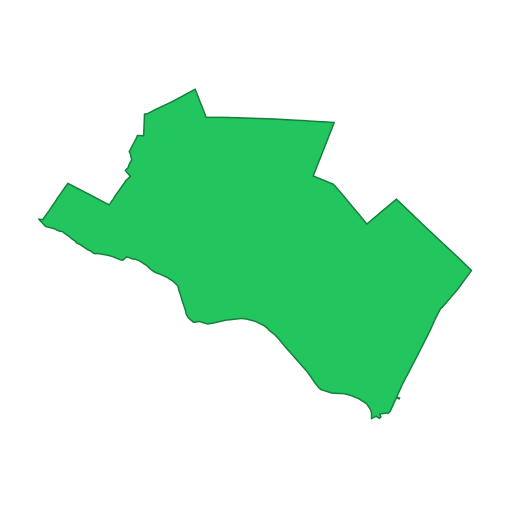 Adunatii-Copaceni, Giurgiu, Romania (orthographic projection), rotated 176°
{"feature_id": "2599482B97048996480927", "entity_name": "Adunatii-Copaceni", "entity_type": "district", "adm_level": 2, "iso_a3": "ROU", "parent_name": "Romania", "parent_adm1": "Giurgiu", "projection": "orthographic", "projection_center": [26.057, 44.248], "detail": "fine", "context": "isolated", "style": "filled", "palette": "green", "viewbox_px": 512, "rotation_deg": 176, "n_neighbors": 0, "source": "geoboundaries", "source_scale": "gbopen_adm2", "svg_char_len": 4644}
<svg xmlns="http://www.w3.org/2000/svg" viewBox="0 0 512 512"><g transform="rotate(176 256 256)"><path d="M305.1,426.6L306.5,426.0L319.2,420.2L328.2,416.1L346.0,409.2L347.1,408.7L350.0,407.4L353.5,405.9L354.7,405.4L355.9,405.4L357.3,405.4L359.7,383.8L365.9,384.5L366.3,383.6L366.7,382.7L368.2,380.1L369.5,378.1L372.1,373.9L374.9,369.4L375.2,368.9L375.0,368.5L374.4,367.4L374.3,367.0L374.0,365.6L374.0,365.4L373.9,364.4L373.3,360.4L374.0,359.5L376.0,356.5L376.9,354.4L377.6,352.8L378.8,351.9L380.1,350.6L380.3,350.4L379.5,349.2L378.6,347.9L377.1,346.0L375.9,344.3L378.2,342.2L379.6,340.9L380.1,340.7L380.4,340.6L380.8,340.2L381.0,339.9L381.3,339.2L381.8,338.5L384.4,335.5L387.8,331.2L393.1,324.9L393.2,324.4L394.8,322.1L395.8,321.2L397.2,319.3L398.4,317.8L398.7,317.3L400.4,318.2L401.6,318.8L404.1,320.4L407.1,322.3L413.4,326.2L414.0,326.6L417.2,328.6L419.5,330.0L422.2,331.6L425.8,333.8L429.3,335.9L432.5,337.9L434.4,339.1L438.0,341.2L438.6,341.6L444.0,335.0L444.2,334.7L446.4,332.0L448.0,330.1L448.9,329.0L450.0,327.7L450.4,327.1L450.7,326.8L450.9,326.4L451.1,326.1L451.3,325.8L451.6,325.4L451.9,325.1L452.6,324.0L454.5,321.7L454.9,321.2L455.1,321.0L456.4,319.4L457.2,318.2L458.9,316.0L461.0,313.5L463.7,310.3L465.7,307.8L466.2,307.3L467.2,307.3L468.7,307.6L469.1,307.7L469.5,307.9L469.9,307.9L469.3,306.9L468.2,305.4L467.6,304.9L466.9,304.0L463.9,300.2L460.5,299.0L456.6,297.8L454.4,296.7L451.6,295.2L450.1,294.4L449.5,294.3L448.2,294.2L447.2,293.6L444.2,291.1L440.7,288.2L438.5,285.9L436.6,284.5L435.4,283.6L434.3,281.9L433.2,281.0L430.2,279.4L426.8,276.6L423.2,273.9L420.2,272.2L418.2,270.3L416.8,269.6L414.9,269.5L413.6,269.5L409.0,268.4L403.5,267.0L398.8,265.3L396.4,264.1L391.5,261.6L389.1,261.1L385.1,264.2L383.7,263.7L379.3,261.6L377.1,261.4L372.9,259.6L368.2,255.9L365.1,253.8L364.1,252.3L362.0,250.1L359.2,247.7L356.4,246.0L352.6,244.4L349.3,242.6L345.9,240.8L344.0,239.1L340.9,237.0L336.6,232.3L335.6,229.9L335.5,227.7L334.3,223.6L332.8,216.6L330.2,206.8L329.6,202.6L327.9,199.2L326.2,197.4L322.9,194.2L317.0,194.6L309.2,191.6L303.8,192.0L290.4,194.1L274.9,194.7L270.1,193.8L269.5,193.7L268.5,193.3L263.2,191.5L261.6,191.0L260.8,190.6L260.3,190.3L258.2,189.1L255.2,187.3L254.6,187.0L252.6,185.8L250.9,184.1L249.4,182.9L248.4,181.2L243.3,176.7L240.2,173.1L231.6,161.3L231.0,160.5L216.3,141.3L212.8,136.7L205.5,124.4L202.4,120.2L200.7,118.3L199.8,117.9L198.5,117.4L193.2,115.3L189.9,114.0L183.1,113.1L177.5,112.5L170.9,110.2L163.4,106.4L156.0,101.0L152.5,94.9L151.7,91.3L152.1,85.8L147.5,87.7L144.0,85.4L142.7,86.7L143.1,88.2L143.4,89.6L140.0,90.0L137.7,90.2L136.3,90.3L135.3,90.1L135.2,89.9L132.8,91.8L131.9,93.7L129.3,98.4L126.0,104.4L125.8,104.8L125.7,104.7L123.1,103.5L122.7,104.3L125.3,105.6L124.7,107.0L120.7,114.4L118.7,118.2L110.7,131.1L109.8,132.6L100.9,147.2L89.7,165.9L87.4,169.8L81.2,181.4L75.3,191.1L75.1,191.2L74.8,191.1L74.6,191.1L74.4,191.2L74.0,191.6L70.2,195.4L66.3,199.4L63.1,202.7L62.2,203.6L58.3,207.4L57.1,208.7L53.8,212.6L53.2,213.2L52.9,213.7L50.7,216.3L48.2,219.4L46.7,221.1L44.7,223.4L43.1,225.3L42.1,226.5L42.3,226.8L43.0,227.6L44.1,228.8L46.2,231.1L49.2,234.5L51.1,236.7L52.3,238.0L53.2,239.0L55.2,241.1L56.6,242.6L57.3,243.4L59.2,245.4L60.6,247.0L60.8,247.2L62.1,248.5L63.1,249.6L64.0,250.6L64.5,251.1L65.1,251.8L66.7,253.5L68.4,255.3L72.7,259.9L76.5,264.0L80.3,268.2L85.2,273.4L86.2,274.5L88.2,276.6L88.4,276.9L88.8,277.4L89.8,278.5L91.1,279.9L92.9,281.9L94.9,284.0L97.2,286.7L99.9,289.6L104.1,294.3L108.3,298.9L112.0,302.9L114.7,300.9L117.6,298.8L120.6,296.6L123.3,294.6L124.5,293.8L124.7,293.7L125.2,293.4L130.7,289.3L137.1,284.6L140.9,281.8L143.1,280.2L143.2,280.3L143.6,280.7L146.7,285.1L149.9,289.7L152.0,292.5L155.3,297.0L160.3,304.0L162.2,306.7L162.3,306.9L163.3,308.3L166.7,312.9L170.9,318.4L172.1,320.1L172.6,320.6L173.4,321.5L173.8,322.1L174.1,322.3L174.5,322.6L177.1,323.8L182.4,326.5L188.6,329.5L193.4,331.9L192.1,334.5L190.0,338.9L187.1,345.0L184.7,349.9L182.2,355.3L179.8,360.3L176.8,366.6L175.9,368.3L175.7,368.9L174.3,371.9L172.7,375.1L171.5,377.7L170.9,379.1L169.8,381.3L168.7,383.7L169.1,383.8L170.2,383.9L171.8,384.1L175.8,384.7L179.5,385.2L180.8,385.3L182.0,385.4L182.8,385.6L183.0,385.6L184.8,385.8L189.3,386.4L195.2,387.2L195.3,387.2L196.5,387.4L197.8,387.6L200.1,387.9L203.7,388.3L203.8,388.3L204.4,388.4L207.8,388.8L213.6,389.5L221.9,390.6L228.4,391.4L234.1,392.0L234.3,392.0L234.9,392.1L237.7,392.4L241.7,392.8L248.5,393.5L256.0,394.3L259.0,394.6L263.9,395.1L269.3,395.6L274.5,396.2L284.3,397.0L289.1,397.3L296.0,397.8L297.4,402.1L300.1,410.9L301.2,414.1L302.5,418.4L303.3,421.0L304.6,425.1L304.7,425.4L305.1,426.6Z" fill="#22c55e" stroke="#15803d" stroke-width="1.5"/></g></svg>